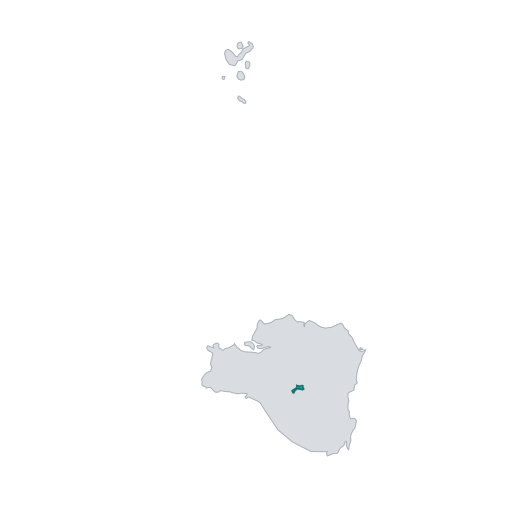 location of Mera, Pastaza, Ecuador, rotated 76°
{"feature_id": "8360857B12620262069407", "entity_name": "Mera", "entity_type": "district", "adm_level": 2, "iso_a3": "ECU", "parent_name": "Ecuador", "parent_adm1": "Pastaza", "projection": "orthographic", "projection_center": [-78.038, -1.449], "detail": "fine", "context": "in_parent", "style": "filled", "palette": "teal", "viewbox_px": 512, "rotation_deg": 76, "n_neighbors": 0, "source": "geoboundaries", "source_scale": "gbopen_adm2", "svg_char_len": 5710}
<svg xmlns="http://www.w3.org/2000/svg" viewBox="0 0 512 512"><g transform="rotate(76 256 256)"><path d="M466.4,212.9L465.0,213.8L461.5,214.2L458.7,213.3L457.6,213.3L457.4,214.2L461.1,216.6L462.8,220.8L465.4,223.3L467.0,224.6L467.1,225.5L466.6,227.1L466.4,228.5L467.3,234.9L466.7,235.3L464.8,235.3L463.2,234.1L459.0,249.9L445.5,265.5L430.2,276.7L412.5,283.1L399.5,287.5L397.5,289.2L391.2,297.1L390.9,297.9L391.8,299.2L391.8,300.1L390.9,300.6L390.1,300.7L389.7,300.3L389.4,299.3L388.6,298.4L387.6,298.1L387.0,298.3L386.9,299.2L385.6,303.4L385.6,305.5L385.0,306.3L385.1,308.2L383.7,309.9L382.7,312.7L381.7,313.6L380.3,318.0L378.3,322.4L378.2,323.9L378.8,325.0L379.0,325.8L378.2,328.5L373.6,331.2L372.4,332.5L372.0,333.9L372.3,335.2L372.1,336.2L370.7,336.6L369.2,339.1L368.1,339.7L365.2,338.8L363.1,338.8L361.5,338.0L358.3,333.8L357.1,331.4L356.7,328.0L353.5,325.8L349.4,326.3L348.2,325.5L345.1,324.1L342.5,322.5L340.5,321.7L339.0,322.1L336.6,324.8L334.2,326.0L333.2,326.0L331.8,325.1L331.5,324.2L335.0,319.4L332.4,319.3L331.5,318.3L331.4,317.1L330.9,315.8L331.4,314.3L332.8,313.4L334.9,314.1L336.3,314.1L337.2,312.7L339.1,311.5L339.5,310.8L338.5,308.5L338.2,307.2L338.5,306.5L338.4,303.9L337.8,303.0L337.7,301.6L337.2,300.8L337.0,299.1L335.7,298.1L340.0,296.5L341.5,295.1L343.4,294.0L345.0,292.1L346.1,290.4L348.7,282.2L351.1,277.1L350.7,274.6L348.7,271.3L348.2,266.4L348.4,264.9L348.1,263.8L346.8,265.8L347.2,273.1L346.0,276.3L344.3,277.1L343.3,276.5L343.9,271.3L342.7,272.2L340.8,275.8L337.6,278.4L337.4,279.3L336.7,280.4L334.2,279.4L332.4,278.3L326.3,272.4L322.3,271.2L319.9,269.1L319.4,268.2L319.1,267.0L321.5,265.8L324.1,264.1L324.3,260.4L324.2,257.5L322.4,252.5L323.2,246.1L322.7,243.5L320.6,238.2L322.2,235.5L327.8,233.5L329.6,232.2L330.9,227.9L332.2,225.3L334.7,226.4L336.7,226.2L334.0,225.3L331.9,221.5L331.5,219.7L335.7,214.4L337.9,213.1L340.5,210.3L342.8,206.1L343.4,199.5L342.4,194.8L341.7,189.8L343.1,188.5L346.5,187.8L349.3,186.2L350.7,184.7L354.1,184.9L357.9,182.6L364.0,181.5L372.6,178.8L374.5,176.5L373.6,172.3L376.8,174.9L378.2,176.8L382.7,179.0L387.8,183.0L391.2,185.0L395.0,186.8L400.4,188.7L403.6,188.4L405.1,191.3L406.3,192.2L409.4,193.2L409.8,193.6L410.9,199.1L411.6,199.9L414.3,200.8L417.6,201.1L418.9,200.9L421.8,202.4L426.3,203.7L427.9,203.8L428.7,203.6L428.9,203.1L430.2,203.2L432.2,203.9L435.0,204.0L436.8,203.3L437.1,200.3L437.8,199.6L439.8,198.5L440.8,198.7L446.1,201.2L447.2,202.0L448.5,203.7L451.0,206.2L453.7,207.8L457.8,208.5L461.8,211.1L466.4,212.9ZM54.3,210.5L55.9,212.1L56.8,216.9L61.8,221.9L62.5,224.7L62.0,226.0L62.3,226.5L64.7,228.5L66.3,230.6L63.6,235.5L57.9,237.6L51.9,237.5L50.7,237.0L49.0,235.1L48.7,233.5L49.7,231.9L52.8,229.5L57.6,227.3L58.2,225.6L56.2,224.0L54.9,220.8L51.9,218.6L50.4,211.7L49.4,211.4L47.3,212.4L46.3,211.5L46.1,211.1L48.3,209.5L48.8,208.4L52.1,207.9L53.5,208.7L54.3,210.5ZM78.1,231.0L76.8,231.1L72.8,228.6L73.1,226.1L74.7,224.4L79.7,223.5L81.9,225.1L81.7,228.1L80.0,230.2L78.6,230.6L78.1,231.0ZM340.7,287.3L340.2,288.3L337.7,288.2L337.0,287.9L337.6,283.2L338.3,281.6L340.3,280.1L342.0,279.4L344.1,279.6L346.4,280.9L343.7,283.3L341.6,284.0L340.7,287.3ZM50.4,223.1L47.9,223.6L45.8,222.7L44.9,221.3L44.7,219.2L44.9,218.6L49.6,217.8L51.1,219.5L51.1,222.1L50.4,223.1ZM101.4,234.5L98.4,235.6L96.7,234.6L96.6,233.9L98.2,232.3L99.8,231.5L101.3,229.6L103.9,228.5L104.7,228.7L105.2,229.1L105.4,229.7L104.5,231.2L102.9,232.3L101.4,234.5ZM72.0,219.7L70.8,220.5L66.0,219.6L64.6,218.1L65.8,216.0L66.8,215.2L69.6,215.9L72.5,218.2L72.0,219.7ZM75.9,245.8L74.9,245.8L73.5,244.7L74.5,242.7L76.5,243.8L77.0,244.5L75.9,245.8ZM372.3,177.6L370.9,177.8L370.2,176.6L372.0,175.1L372.6,174.8L372.3,177.6Z" fill="#d9dde1" stroke="#a8b0b8" stroke-width="1"/><path d="M391.3,247.7L391.4,247.8L391.5,247.8L391.6,247.7L391.8,247.7L391.8,247.8L392.0,247.8L392.6,247.8L392.8,248.0L393.1,248.3L393.3,248.6L393.5,248.7L393.6,248.8L393.8,249.0L394.0,249.3L394.1,249.5L394.3,249.8L394.3,250.0L394.3,250.3L394.4,250.6L394.4,250.8L394.5,250.9L394.6,251.1L394.7,251.3L394.8,251.6L394.9,251.9L394.9,252.1L394.9,252.3L395.0,252.4L395.1,252.9L395.2,253.0L395.3,253.4L395.3,253.5L395.5,253.6L395.8,253.6L396.0,253.6L396.3,253.5L396.5,253.4L396.8,253.4L397.1,253.1L397.4,253.0L397.5,253.1L397.8,253.1L398.0,252.9L398.0,252.7L397.9,252.7L397.7,252.6L397.4,252.6L397.3,252.4L397.3,252.2L397.2,252.2L396.9,252.0L396.9,251.9L396.9,252.0L396.9,251.9L396.9,251.7L396.8,251.4L396.8,251.5L396.8,251.4L396.7,251.3L396.8,251.3L396.7,251.2L396.4,251.2L396.2,251.2L395.9,251.0L395.9,250.9L395.7,250.9L395.4,249.2L395.2,249.3L395.1,249.2L395.2,248.7L394.9,248.5L394.9,248.4L394.8,248.0L394.7,247.9L394.6,247.7L394.5,247.4L394.6,247.2L394.6,246.9L394.6,246.7L394.8,246.6L394.9,246.4L395.0,246.4L395.1,246.2L395.3,246.3L395.3,246.2L395.4,246.3L395.5,246.2L395.4,246.2L395.5,246.1L395.4,246.0L395.5,246.0L395.5,245.9L395.7,245.7L395.8,245.7L395.9,245.4L395.9,245.1L395.8,244.9L396.0,244.8L396.0,244.7L396.0,244.4L396.3,244.3L396.4,244.2L396.5,244.1L396.7,243.9L396.7,243.7L396.7,243.4L396.8,243.4L396.9,243.2L397.0,243.2L396.8,241.9L396.7,241.9L396.4,241.9L396.2,241.9L395.9,241.9L395.7,241.8L395.4,242.0L395.5,242.1L395.4,242.1L395.2,242.2L395.1,242.3L394.9,242.4L394.8,242.5L394.7,242.5L394.4,242.4L394.2,242.3L394.1,242.2L393.9,242.2L393.7,242.1L393.5,241.9L393.4,241.9L393.4,242.0L393.2,242.1L392.9,242.0L392.8,241.9L392.7,241.8L392.8,242.1L392.8,242.3L392.8,242.5L392.8,242.8L392.8,243.9L392.9,244.0L392.9,244.3L392.9,244.6L392.8,244.8L392.9,245.0L392.9,245.3L392.8,245.5L392.6,245.6L392.6,245.8L392.7,246.0L392.4,246.2L392.3,246.3L392.2,246.4L392.1,246.5L392.2,246.8L392.0,247.3L391.9,247.3L391.6,247.4L391.5,247.5L391.4,247.6L391.3,247.7Z" fill="#14b8a6" stroke="#0f766e" stroke-width="1.5"/></g></svg>